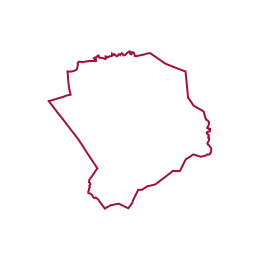 the district of San Pedro Amuzgos, Oaxaca, Mexico, rotated 305°
{"feature_id": "50627088B31860900059957", "entity_name": "San Pedro Amuzgos", "entity_type": "district", "adm_level": 2, "iso_a3": "MEX", "parent_name": "Mexico", "parent_adm1": "Oaxaca", "projection": "albers", "projection_center": [-98.077, 16.678], "detail": "fine", "context": "isolated", "style": "outline", "palette": "rose", "viewbox_px": 256, "rotation_deg": 305, "n_neighbors": 0, "source": "geoboundaries", "source_scale": "gbopen_adm2", "svg_char_len": 3752}
<svg xmlns="http://www.w3.org/2000/svg" viewBox="0 0 256 256"><g transform="rotate(305 128 128)"><path d="M155.5,210.0L155.9,209.8L156.6,209.4L158.4,208.4L158.6,208.3L158.8,208.1L158.9,207.9L159.2,207.7L159.3,207.5L159.9,205.1L160.2,204.7L160.3,202.8L160.8,201.9L162.7,201.6L164.8,201.2L165.3,200.9L166.1,200.5L166.2,200.3L165.8,199.9L165.9,199.6L166.0,199.4L166.3,199.0L166.6,198.9L166.9,198.9L167.3,198.7L167.7,198.8L167.9,198.9L168.4,198.4L168.4,198.1L168.5,197.5L168.6,196.9L168.7,196.7L168.9,196.5L168.9,196.2L168.9,195.7L169.0,195.4L169.3,195.2L169.6,195.2L170.0,195.2L171.4,196.2L172.3,196.6L172.2,196.9L172.5,197.0L172.7,196.9L172.9,196.6L173.1,196.5L173.3,196.4L173.5,196.3L174.1,195.9L174.3,195.8L174.3,195.6L174.1,195.4L174.3,195.4L173.4,193.1L173.4,192.9L173.6,192.8L173.7,192.7L176.7,192.4L177.7,191.9L177.9,191.8L177.9,191.7L178.1,191.6L178.8,191.5L179.0,191.1L179.2,190.9L179.4,190.5L179.9,189.1L179.8,188.3L179.7,187.7L179.6,187.3L179.6,187.2L179.8,186.9L180.2,186.7L180.1,186.3L184.9,180.5L184.8,178.4L184.4,174.7L184.0,168.8L187.2,160.4L187.2,160.2L187.2,159.9L197.5,151.1L207.3,142.7L205.6,136.3L203.9,129.2L202.7,124.2L202.1,121.3L202.1,116.1L202.1,112.3L202.0,103.0L199.7,100.8L197.1,98.7L194.3,96.0L191.8,93.8L191.5,93.3L190.9,92.4L192.3,90.7L192.9,89.5L193.0,89.0L193.1,88.9L193.0,88.7L192.3,88.4L191.2,88.3L190.8,88.4L190.7,88.5L190.3,88.5L189.9,87.9L190.1,87.3L190.4,86.8L190.8,86.6L191.5,86.8L191.8,86.7L191.9,86.1L191.6,85.2L189.5,84.4L188.3,84.1L187.2,84.0L185.9,83.7L184.9,82.5L185.3,82.0L185.6,81.6L185.7,80.0L185.1,80.0L183.7,79.3L183.3,79.6L183.2,78.2L182.3,78.1L181.3,78.2L181.0,78.1L180.3,77.7L180.4,75.7L180.6,75.4L180.6,74.6L180.3,74.0L179.5,74.2L178.9,74.0L179.1,73.3L179.5,72.4L177.5,73.2L176.8,72.8L176.3,71.9L174.1,70.8L174.5,70.2L173.7,68.6L172.3,70.0L172.1,70.1L171.4,69.9L170.8,67.0L170.2,65.9L169.1,64.2L169.1,63.5L170.2,62.8L170.5,62.3L169.6,61.6L167.9,61.5L167.6,61.6L167.3,61.5L167.1,61.3L167.1,61.0L166.8,60.4L165.5,60.0L165.4,60.2L165.4,61.2L165.4,61.7L165.6,62.4L165.5,62.9L164.8,63.4L164.2,63.3L163.8,62.2L162.1,60.0L161.7,59.5L161.5,59.1L161.1,58.7L160.8,57.8L159.5,56.8L158.9,56.0L159.0,55.9L158.5,55.4L157.3,54.4L155.8,52.8L155.0,51.1L154.5,50.3L154.4,50.1L154.2,50.0L153.8,49.8L153.3,49.5L152.8,49.5L152.6,49.4L151.5,50.3L150.5,50.9L147.8,52.0L146.9,52.4L146.6,52.3L145.7,52.1L144.4,51.3L143.7,50.9L143.2,50.5L141.6,49.0L140.3,47.2L139.7,46.0L138.7,46.8L130.7,53.4L127.0,56.7L125.9,57.9L122.4,61.9L121.5,61.2L119.4,59.0L117.4,57.9L114.9,55.9L106.5,49.3L104.6,47.7L103.9,49.8L101.6,57.3L99.7,63.0L98.8,66.5L95.8,76.1L93.9,81.9L92.5,86.5L92.3,87.2L91.8,89.2L91.4,89.8L90.6,92.8L87.7,100.1L87.4,100.9L84.1,108.9L82.3,113.5L80.8,117.3L78.8,122.6L77.7,125.0L77.3,126.2L75.3,125.9L72.0,126.1L66.9,126.1L64.8,126.1L63.2,126.1L62.6,126.3L62.2,126.6L61.1,127.2L61.1,127.5L61.2,127.9L60.9,128.6L61.0,128.8L60.6,129.3L60.2,129.5L59.8,129.5L59.6,129.4L58.5,129.4L57.9,130.3L57.3,130.9L57.1,130.9L56.9,130.8L56.2,130.7L55.5,131.0L55.1,131.6L54.8,131.7L54.0,131.7L52.6,132.2L51.9,133.0L52.6,134.6L52.6,136.4L52.6,137.1L52.1,137.9L51.4,139.3L51.5,141.0L52.6,141.5L52.6,142.2L52.4,144.0L52.3,144.5L50.9,148.7L48.7,155.2L54.6,158.0L58.9,162.1L60.8,164.0L61.1,166.2L61.5,168.7L62.4,174.3L63.4,174.3L69.1,174.5L70.9,173.8L75.9,172.9L77.6,172.6L79.6,172.4L83.2,171.8L85.1,174.7L90.4,176.9L91.4,177.2L95.5,181.1L97.6,182.8L103.9,184.8L105.4,185.3L107.5,186.0L108.5,186.3L110.1,186.8L118.5,189.4L120.8,192.8L121.5,193.8L122.3,195.1L123.2,195.2L125.1,194.8L127.5,194.5L131.6,193.8L135.6,193.3L138.2,194.5L142.5,196.1L143.9,196.7L146.1,204.0L148.5,206.2L150.7,207.9L151.7,208.0L152.0,208.6L152.3,209.1L153.0,209.8L153.4,210.0L154.0,209.9L154.9,209.7L155.5,210.0Z" fill="none" stroke="#9f1239" stroke-width="2"/></g></svg>